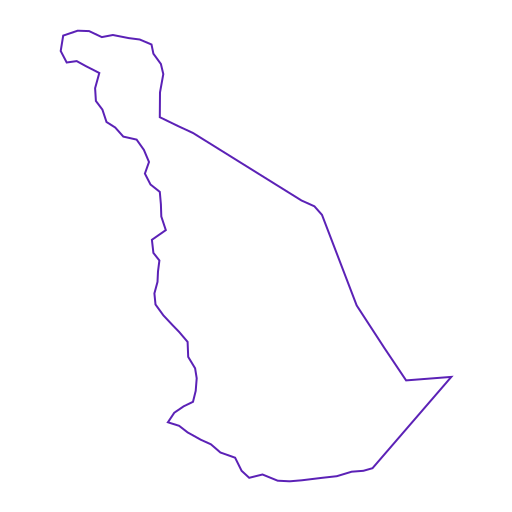 the district of Nova Olinda, Paraíba, Brazil
{"feature_id": "56859067B38165704996968", "entity_name": "Nova Olinda", "entity_type": "district", "adm_level": 2, "iso_a3": "BRA", "parent_name": "Brazil", "parent_adm1": "Paraíba", "projection": "orthographic", "projection_center": [-38.038, -7.461], "detail": "fine", "context": "isolated", "style": "outline", "palette": "violet", "viewbox_px": 512, "rotation_deg": 0, "n_neighbors": 0, "source": "geoboundaries", "source_scale": "gbopen_adm2", "svg_char_len": 1047}
<svg xmlns="http://www.w3.org/2000/svg" viewBox="0 0 512 512"><path d="M451.3,376.9L406.1,380.4L384.3,347.9L356.7,305.5L322.0,214.9L314.4,206.3L301.5,200.5L193.2,133.1L177.7,125.9L159.8,117.2L160.0,92.4L163.3,74.1L160.9,64.0L153.4,53.7L151.5,44.5L139.7,39.5L128.7,38.1L112.9,35.0L101.8,37.1L89.1,31.1L77.7,30.7L63.2,35.6L60.7,51.0L66.7,62.5L76.7,61.1L86.0,66.2L99.3,73.0L95.1,88.2L95.9,101.0L102.4,109.6L106.5,122.0L115.2,127.5L123.3,136.6L136.6,139.6L143.9,149.9L149.0,162.0L144.9,173.6L150.5,184.5L159.8,191.9L160.9,204.4L161.3,216.5L165.8,230.1L151.9,239.8L153.4,252.9L159.4,260.5L158.0,271.4L157.5,281.9L154.4,293.4L155.5,304.5L163.4,315.4L172.7,325.3L179.1,331.9L187.6,341.9L188.2,356.9L195.1,368.3L196.7,378.3L195.7,390.9L193.0,401.8L183.7,406.3L174.3,412.7L167.9,422.3L179.1,425.8L187.6,432.4L200.9,439.8L210.9,444.3L220.4,452.5L235.1,457.7L241.6,470.8L249.2,477.8L262.5,474.5L277.7,480.7L289.7,481.3L301.7,480.3L322.3,477.8L336.8,476.2L351.7,471.7L363.4,470.8L372.5,468.2L451.3,376.9Z" fill="none" stroke="#5b21b6" stroke-width="2"/></svg>